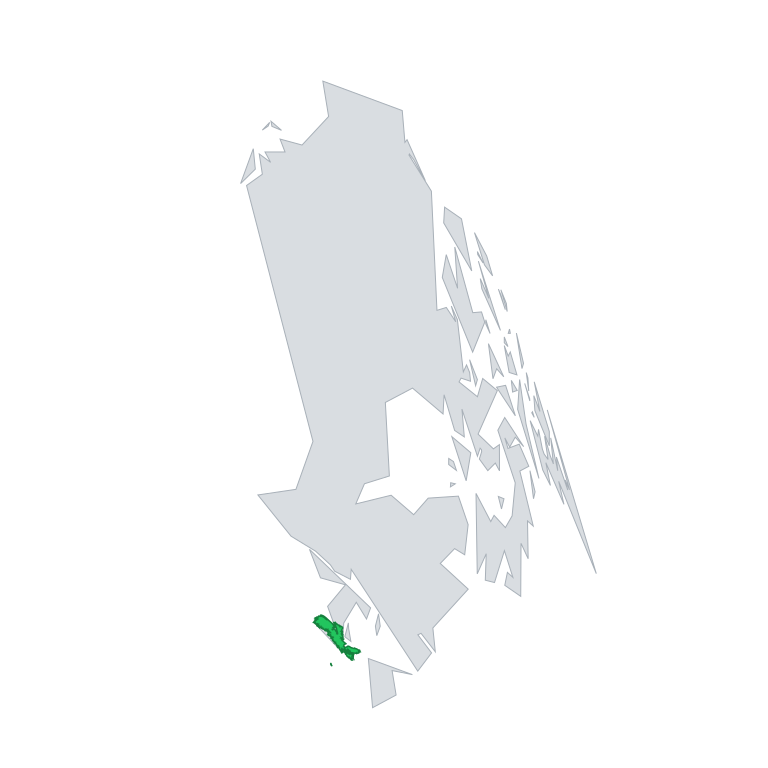 Canada, with Nova Scotia highlighted, rotated 74°
{"feature_id": "CAN-685", "entity_name": "Nova Scotia", "entity_type": "Province", "adm_level": 1, "iso_a3": "CAN", "parent_name": "Canada", "parent_adm1": "", "projection": "equal_earth", "projection_center": [-62.958, 45.228], "detail": "fine", "context": "in_parent", "style": "filled", "palette": "green", "viewbox_px": 768, "rotation_deg": 74, "n_neighbors": 0, "source": "natural_earth", "source_scale": "10m", "svg_char_len": 9778}
<svg xmlns="http://www.w3.org/2000/svg" viewBox="0 0 768 768"><g transform="rotate(74 384 384)"><path d="M131.7,396.9L111.6,363.5L76.0,359.3L126.2,291.1L157.5,297.3L155.5,294.5L200.0,288.2L176.5,293.6L169.9,296.2L170.8,296.9L211.7,285.3L327.8,312.8L327.6,303.0L344.0,297.9L327.6,297.8L342.3,295.7L394.2,304.4L388.4,299.4L396.6,298.5L405.2,300.1L399.6,308.3L402.7,311.3L422.0,297.7L405.9,287.6L421.6,276.9L458.1,307.4L476.5,296.7L474.1,289.8L499.3,296.9L490.7,298.8L495.9,308.1L482.4,313.0L476.0,308.8L474.1,308.4L472.2,309.3L479.2,314.1L429.6,316.0L457.0,321.4L448.1,328.9L410.9,329.2L429.1,335.5L395.8,357.7L402.1,387.8L473.9,404.2L474.5,430.3L491.5,444.2L492.9,407.8L517.8,391.5L505.9,373.0L512.3,343.4L542.4,341.9L570.4,353.5L561.7,361.5L572.0,379.4L604.4,359.6L632.0,404.3L655.5,408.5L633.9,417.1L634.4,420.6L655.6,412.4L669.3,430.7L553.1,466.6L562.5,470.1L550.4,483.0L543.0,485.4L525.9,495.8L504.7,515.3L455.9,535.8L461.0,497.7L419.6,468.1L155.3,461.4L148.8,443.1L128.5,440.5L139.7,431.9L128.2,434.4L133.7,415.2L119.9,416.4L131.7,396.9ZM469.1,282.7L480.1,282.6L479.1,270.6L503.0,267.5L505.1,277.4L561.7,279.7L555.2,283.8L591.7,293.6L574.9,296.2L625.8,311.1L610.8,323.4L599.1,317.3L605.4,313.4L577.4,314.2L605.3,332.5L600.5,340.7L575.3,332.5L592.2,346.7L514.5,325.7L545.7,319.3L540.6,314.4L555.5,306.9L546.1,297.2L515.2,285.1L459.8,287.3L449.5,277.2L482.7,267.0L471.3,272.5L479.3,280.6L469.1,282.7ZM453.9,234.2L624.8,232.2L525.7,242.9L549.3,244.2L504.2,250.1L527.4,252.0L510.4,255.1L459.5,253.6L476.5,250.5L470.2,248.0L490.2,249.7L495.4,249.4L501.8,247.1L478.4,244.0L498.6,244.0L507.5,243.2L481.7,238.6L515.3,240.9L501.7,238.4L536.6,236.6L526.2,236.3L536.8,234.8L453.9,234.2ZM271.8,278.2L339.9,279.0L341.6,270.4L352.3,270.1L377.8,290.0L297.6,298.6L276.8,288.5L312.3,286.9L271.8,278.2ZM582.2,499.5L566.4,476.4L552.8,498.5L522.4,501.2L595.5,458.6L605.1,465.6L586.2,470.8L602.7,488.6L630.2,498.3L594.9,516.5L590.3,506.3L611.8,497.5L582.2,499.5ZM246.6,264.0L299.5,268.5L245.6,282.2L230.7,277.0L246.6,264.0ZM423.3,239.0L475.2,238.2L489.0,242.1L451.2,246.3L436.5,243.2L453.4,241.7L423.3,239.0ZM417.1,252.4L461.8,258.5L517.5,261.1L445.2,262.5L417.1,252.4ZM291.9,259.4L364.6,257.3L319.5,263.7L309.2,262.4L330.6,259.6L291.9,259.4ZM671.2,436.8L661.7,455.2L686.3,458.1L692.0,484.2L643.6,474.7L671.2,436.8ZM374.0,272.5L410.1,266.9L400.4,271.5L409.0,277.8L374.0,272.5ZM453.3,333.3L474.0,319.5L499.7,331.7L453.3,333.3ZM418.8,267.5L450.8,266.5L418.1,276.7L418.8,267.5ZM310.0,249.8L297.1,254.6L263.4,255.3L289.3,250.0L310.0,249.8ZM411.9,253.7L407.4,260.5L380.2,257.8L391.4,256.9L388.0,253.8L411.9,253.7ZM371.5,242.7L402.6,244.2L407.2,247.1L371.5,242.7ZM121.8,444.8L142.0,448.5L151.8,466.6L121.8,444.8ZM507.5,267.6L529.3,268.5L535.5,271.9L507.5,267.6ZM384.2,295.0L405.5,293.0L410.9,296.4L384.2,295.0ZM426.9,257.7L427.2,262.6L415.6,260.6L426.9,257.7ZM417.8,244.0L430.7,246.8L412.2,244.1L417.8,244.0ZM527.4,300.3L536.5,305.5L523.6,305.1L527.4,300.3ZM330.4,247.1L346.0,246.9L324.3,247.9L330.4,247.1ZM364.7,268.1L354.4,269.6L350.3,268.4L364.7,268.1ZM634.2,480.9L632.4,493.6L635.8,487.9L639.5,491.4L633.0,495.2L626.9,493.9L634.2,480.9ZM340.4,244.2L348.3,245.6L325.6,245.7L340.4,244.2ZM623.9,460.3L614.4,459.0L603.4,452.6L615.8,454.4L623.9,460.3ZM487.0,338.2L479.2,344.0L473.4,342.3L477.7,338.6L487.0,338.2ZM100.3,420.2L111.9,412.6L105.5,420.7L100.3,420.2ZM422.2,248.6L438.1,248.0L440.5,248.5L422.2,248.6ZM382.2,254.5L377.5,257.0L371.9,255.4L382.2,254.5ZM603.8,484.1L609.4,485.4L622.3,486.8L616.2,491.3L603.8,484.1ZM499.6,343.0L501.2,348.5L497.3,347.1L499.6,343.0ZM295.0,255.4L285.5,258.2L282.4,257.7L295.0,255.4ZM457.5,248.8L452.4,249.9L451.6,248.9L457.5,248.8ZM370.1,248.6L369.6,250.6L365.8,248.2L370.1,248.6ZM101.0,421.8L104.1,424.2L106.4,431.0L101.0,421.8Z" fill="#d9dde1" stroke="#a8b0b8" stroke-width="1"/><path d="M605.6,491.4L606.8,491.0L607.6,491.3L608.4,492.2L609.1,492.4L608.8,492.6L609.3,492.5L609.5,492.8L609.5,492.3L610.9,492.2L611.5,492.5L610.9,492.5L611.4,492.8L610.7,493.0L612.9,493.0L611.7,493.4L612.5,493.9L613.2,493.3L613.1,493.7L614.2,493.5L613.8,493.0L616.5,493.4L617.3,493.4L616.6,493.5L617.6,493.9L616.5,494.4L616.3,494.7L616.7,494.5L616.7,495.0L617.0,494.6L617.4,494.8L617.3,494.3L617.7,494.2L618.8,494.5L618.6,495.0L618.9,495.0L619.7,494.4L619.1,494.6L619.3,494.3L620.4,494.1L623.2,492.2L623.3,492.4L623.2,492.8L623.5,494.2L624.8,494.9L625.4,494.7L625.5,495.0L626.0,494.3L626.5,494.2L627.3,494.8L627.8,495.6L628.6,496.1L628.5,496.6L626.6,497.4L626.8,497.6L630.4,497.8L630.7,498.0L630.7,498.5L630.1,498.2L630.3,498.5L629.5,499.1L629.2,498.8L629.5,498.5L629.1,498.5L629.1,499.2L628.8,498.6L628.3,498.6L627.7,499.0L627.6,499.3L627.8,499.3L627.4,499.6L626.0,499.7L625.0,499.4L624.9,499.5L625.4,500.0L625.1,500.1L625.4,500.3L624.9,500.1L624.5,500.2L624.5,500.4L624.0,500.2L624.1,500.4L623.7,500.4L623.9,500.8L623.5,500.7L623.4,500.9L623.1,500.7L623.1,501.0L622.8,500.9L622.6,501.1L622.5,500.9L622.2,501.1L622.7,501.4L620.7,501.6L620.5,502.0L619.9,502.0L619.9,502.3L619.5,502.1L619.1,502.9L618.8,502.2L618.6,502.6L618.2,502.6L618.1,502.9L618.4,503.2L617.8,502.9L617.4,503.4L616.2,503.4L616.1,503.8L616.3,504.0L616.0,504.1L615.3,503.9L614.8,504.2L614.7,503.6L614.2,503.5L614.6,504.2L614.2,504.6L614.2,504.1L613.8,503.4L613.6,504.4L613.5,504.0L613.0,504.5L612.8,503.9L612.7,504.2L612.8,504.4L612.5,505.0L611.6,504.9L611.4,504.8L611.6,504.6L611.4,504.5L611.1,504.6L611.4,505.0L611.2,505.4L609.5,504.1L609.7,504.5L610.3,505.0L610.6,506.2L610.4,506.6L610.1,506.7L609.7,507.0L609.7,506.7L609.0,506.8L608.7,506.3L608.4,506.7L608.5,506.0L607.8,506.4L607.4,506.2L607.3,505.8L607.4,505.4L607.3,505.1L607.7,504.3L606.3,505.0L606.3,505.5L606.7,506.2L606.2,506.6L605.9,506.5L605.9,506.0L605.5,505.5L605.1,505.6L605.0,506.0L604.4,505.7L604.4,506.3L604.2,506.6L604.4,506.7L604.0,506.8L604.1,507.2L604.6,507.2L604.8,507.3L604.3,507.6L605.1,507.7L604.0,507.7L604.1,508.1L604.7,508.1L604.5,508.4L604.9,508.4L604.7,508.7L604.3,508.8L604.1,508.4L603.4,508.0L603.9,508.5L603.4,509.1L602.8,510.1L602.0,509.9L601.9,510.1L602.4,510.3L602.2,510.8L601.1,510.9L601.5,511.1L601.5,511.5L600.0,512.2L600.5,512.8L600.3,512.8L600.1,513.3L599.5,512.7L599.8,513.4L599.6,513.5L599.1,512.8L599.3,513.5L598.9,514.0L598.5,513.2L598.6,514.4L598.2,514.5L598.1,514.0L597.8,514.9L597.6,514.7L597.7,514.1L597.4,514.5L596.9,513.5L596.8,513.8L597.0,514.4L596.8,514.9L596.2,514.6L596.2,513.9L595.9,514.2L596.1,514.9L595.9,515.6L596.1,516.2L595.8,515.9L595.6,516.0L595.2,515.6L595.6,516.6L595.2,516.1L594.9,516.4L595.0,517.0L594.3,515.9L593.4,516.7L593.0,516.5L592.9,515.9L592.8,516.1L592.6,516.0L592.6,514.7L592.4,515.1L592.4,515.6L592.3,515.3L592.0,513.5L591.8,513.9L591.4,513.3L591.4,513.5L591.1,513.8L590.9,513.0L590.8,513.5L591.1,514.2L591.0,514.5L590.9,514.3L590.7,514.6L590.5,514.1L590.4,514.4L590.2,513.9L589.9,514.2L589.8,513.5L590.0,513.1L589.7,513.3L589.5,512.9L589.7,511.4L589.5,510.6L589.2,510.6L589.4,509.8L589.8,509.1L590.2,507.6L592.3,505.6L591.4,505.5L589.4,507.5L589.5,507.0L591.0,505.5L592.7,504.3L592.9,505.2L593.4,505.1L594.7,503.9L595.5,503.5L593.0,504.6L592.9,504.5L593.2,504.0L600.0,499.8L603.6,498.5L603.7,498.2L602.9,497.8L603.1,497.7L604.3,498.1L604.0,499.5L603.8,499.7L603.9,500.1L604.4,499.7L605.1,500.1L605.6,500.7L605.6,501.4L606.0,501.3L606.0,500.6L605.3,499.7L605.9,499.0L608.2,498.4L608.4,498.1L608.9,498.2L609.1,497.9L610.6,497.8L611.0,498.2L611.3,497.7L611.9,497.5L610.0,497.2L608.3,497.2L607.7,497.6L607.3,497.2L606.0,497.0L604.4,497.1L604.4,497.3L603.8,497.5L602.3,497.0L601.6,497.3L601.3,497.6L601.4,497.9L600.9,498.2L600.8,497.9L600.4,497.7L599.5,497.9L599.8,496.8L600.6,496.4L600.3,496.3L601.8,495.5L601.8,495.3L603.3,494.3L603.5,494.0L603.4,493.7L603.9,493.2L604.5,492.8L604.6,493.0L604.3,493.3L604.3,493.6L604.8,493.4L604.5,493.3L605.0,492.3L605.6,491.4ZM637.6,493.2L636.8,493.4L636.4,494.0L635.1,494.7L634.5,494.6L633.0,495.4L632.5,495.5L632.3,495.2L631.6,495.1L631.4,494.7L631.1,495.0L630.2,495.0L630.3,495.2L629.2,495.6L629.2,495.3L628.8,495.0L628.2,495.6L627.8,495.5L626.9,494.3L626.5,492.7L626.5,492.2L626.0,490.8L626.6,490.3L626.8,489.6L628.1,488.6L629.6,486.4L630.1,485.3L629.8,485.0L630.0,484.8L630.2,484.6L630.1,485.1L631.1,483.3L632.6,482.0L633.0,481.0L633.4,480.7L634.2,481.0L634.9,480.7L634.9,481.0L634.2,482.0L634.5,482.1L634.5,482.3L635.4,482.2L635.6,482.5L635.4,484.1L635.0,484.3L635.3,484.5L635.1,484.6L635.3,485.0L634.8,485.8L634.5,486.8L633.4,488.9L633.5,489.1L634.4,487.8L634.9,487.7L634.8,488.2L633.2,489.9L631.8,490.4L631.3,490.5L631.5,490.3L631.3,490.3L630.4,491.2L629.4,491.6L629.4,491.8L630.3,491.7L631.3,490.7L632.4,490.5L631.8,491.7L631.3,492.0L629.8,492.1L630.0,492.2L629.6,492.5L630.5,492.2L631.0,492.5L630.7,492.5L630.9,492.8L630.3,492.9L629.6,493.3L629.3,493.6L629.5,493.6L629.5,493.8L629.2,494.0L629.8,494.2L631.1,493.5L631.9,493.9L631.7,494.7L632.2,494.2L632.5,494.3L632.4,493.4L635.1,491.1L632.7,492.2L632.0,491.8L632.1,491.5L634.3,490.0L635.2,489.1L635.8,488.9L635.8,488.7L635.0,488.9L633.4,490.3L633.1,490.3L634.4,488.7L635.4,487.9L635.9,487.8L636.5,488.6L635.9,489.5L636.2,489.3L636.6,489.6L636.6,488.9L637.1,488.5L637.9,488.8L637.4,488.9L638.6,489.1L638.7,489.5L639.6,489.3L639.2,489.7L639.1,490.2L639.6,490.0L638.5,490.8L638.8,491.1L639.5,491.0L639.7,491.7L638.4,492.0L638.4,492.3L637.2,492.4L637.0,492.6L637.6,492.9L637.6,493.2ZM630.3,495.3L631.4,495.5L630.8,495.8L630.8,496.2L630.4,496.5L630.2,496.4L630.4,496.2L629.9,496.1L629.5,495.6L630.3,495.3ZM640.2,511.9L640.8,511.4L640.1,512.1L639.3,512.4L638.4,512.4L637.5,511.9L638.5,512.1L640.2,511.9ZM593.9,516.9L593.9,516.6L594.3,516.6L593.8,517.5L593.5,517.1L593.9,516.9ZM588.7,508.2L589.4,507.5L588.3,508.8L588.7,508.2ZM640.5,491.1L640.3,491.1L639.9,491.0L640.6,490.7L640.5,491.1ZM617.8,493.0L618.6,492.8L618.2,493.1L617.8,493.0Z" fill="#22c55e" stroke="#15803d" stroke-width="1.5"/></g></svg>